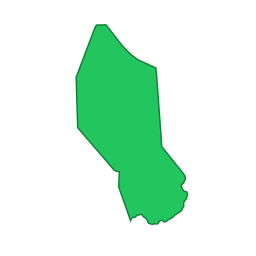 outline of Várzea Nova, Bahia, Brazil, rotated 227°
{"feature_id": "56859067B59616192254510", "entity_name": "Várzea Nova", "entity_type": "district", "adm_level": 2, "iso_a3": "BRA", "parent_name": "Brazil", "parent_adm1": "Bahia", "projection": "robinson", "projection_center": [-41.181, -11.121], "detail": "fine", "context": "isolated", "style": "filled", "palette": "green", "viewbox_px": 256, "rotation_deg": 227, "n_neighbors": 0, "source": "geoboundaries", "source_scale": "gbopen_adm2", "svg_char_len": 1287}
<svg xmlns="http://www.w3.org/2000/svg" viewBox="0 0 256 256"><g transform="rotate(227 128 128)"><path d="M162.6,91.4L137.2,90.4L106.1,89.1L101.8,91.7L91.2,81.0L58.5,66.7L59.4,68.7L59.4,70.7L58.0,72.1L57.9,73.3L58.0,74.7L57.7,75.9L57.0,76.7L56.4,77.8L55.5,79.2L54.2,79.0L52.9,78.8L51.6,79.0L50.3,79.3L48.7,79.3L46.6,78.9L45.3,78.4L44.3,78.2L43.1,78.7L41.8,79.6L40.7,80.2L40.3,81.7L39.0,82.8L37.9,84.0L37.6,85.5L38.5,86.8L38.1,88.8L36.9,90.2L34.6,90.3L34.0,91.5L33.6,92.5L33.4,93.7L33.4,95.3L32.9,97.1L32.4,98.6L32.2,100.5L32.3,101.6L32.4,102.8L32.1,104.5L31.6,106.3L31.4,107.8L31.2,109.1L31.2,110.4L31.5,112.0L32.1,113.1L32.5,114.4L32.9,115.6L34.2,116.6L34.9,117.3L35.5,118.2L36.1,119.6L36.2,121.2L36.7,122.8L37.3,123.8L38.1,125.1L39.5,126.7L41.5,127.4L43.2,126.1L44.4,125.7L45.3,126.0L46.6,126.3L47.8,126.8L49.0,127.4L50.1,128.2L50.0,129.9L49.8,131.3L50.6,132.3L50.8,133.4L51.3,134.4L52.3,135.8L53.3,136.6L55.0,137.1L56.5,137.4L71.5,138.5L91.4,140.0L93.5,141.7L101.4,148.2L104.6,150.7L116.4,160.2L121.5,164.3L145.0,183.2L145.8,183.9L152.9,189.3L171.0,181.8L179.6,180.2L186.8,180.0L191.7,179.9L193.8,180.1L198.8,180.5L218.4,182.3L224.8,175.1L223.9,172.3L220.7,165.7L201.9,127.6L200.6,124.8L164.7,93.3L163.4,92.1L162.6,91.4Z" fill="#22c55e" stroke="#15803d" stroke-width="1.5"/></g></svg>